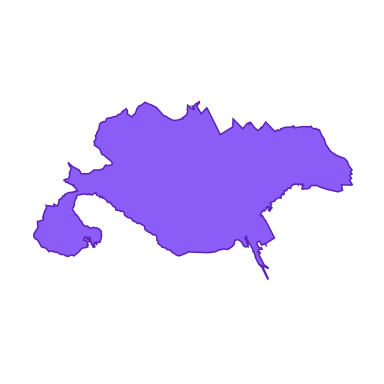 Brasov, Brasov, Romania, rotated 85°
{"feature_id": "2599482B43115927474837", "entity_name": "Brasov", "entity_type": "district", "adm_level": 2, "iso_a3": "ROU", "parent_name": "Romania", "parent_adm1": "Brasov", "projection": "natural_earth1", "projection_center": [25.605, 45.626], "detail": "fine", "context": "isolated", "style": "filled", "palette": "violet", "viewbox_px": 384, "rotation_deg": 85, "n_neighbors": 0, "source": "geoboundaries", "source_scale": "gbopen_adm2", "svg_char_len": 6100}
<svg xmlns="http://www.w3.org/2000/svg" viewBox="0 0 384 384"><g transform="rotate(85 192 192)"><path d="M242.1,310.3L238.4,306.4L238.1,302.6L237.6,300.8L237.1,301.3L236.2,300.7L235.5,301.1L235.1,300.5L235.6,300.1L235.2,300.0L234.8,300.8L232.6,300.1L232.1,301.2L230.6,301.1L230.7,302.5L231.2,303.4L230.3,304.3L229.1,303.6L229.0,302.6L228.3,302.5L228.4,301.9L227.7,302.1L228.1,301.4L227.7,301.4L228.0,300.3L229.0,300.3L231.1,299.1L229.7,299.3L229.5,298.8L228.2,298.4L228.0,297.8L230.4,297.3L231.9,298.8L232.9,298.2L232.3,296.9L234.3,296.5L234.9,297.0L235.7,296.6L235.8,295.7L238.4,295.3L238.4,293.9L237.7,293.4L236.4,294.5L235.3,293.8L234.6,293.9L234.7,292.9L233.0,293.1L236.7,291.5L234.2,291.9L234.3,291.3L233.9,291.5L233.8,291.0L234.2,289.5L233.9,289.0L233.9,287.9L228.6,286.0L223.1,285.8L220.9,287.5L219.7,289.3L218.6,293.5L219.3,296.5L216.8,299.3L216.6,301.9L214.5,303.6L211.3,304.7L210.6,305.8L207.1,307.3L204.4,309.2L204.6,309.9L204.2,310.2L201.4,311.1L200.3,312.1L198.0,312.6L195.8,310.7L190.5,309.5L187.5,307.5L186.1,307.2L184.9,306.1L185.0,303.6L184.6,302.8L184.9,301.3L184.3,299.3L185.2,297.7L185.4,296.2L184.8,295.0L185.7,294.4L185.6,293.0L186.3,291.7L185.0,290.2L184.4,287.7L185.6,287.8L186.9,287.0L187.6,285.9L187.7,284.4L189.4,284.2L189.5,283.0L188.8,281.9L190.5,281.2L190.4,280.2L192.0,278.6L195.0,276.9L195.0,275.4L195.9,274.1L199.2,271.9L200.9,269.5L202.9,269.6L203.4,269.2L204.1,266.1L205.1,264.8L205.0,263.2L205.5,262.2L206.8,261.2L209.0,261.3L212.2,257.8L212.4,255.4L215.8,253.1L217.0,250.5L218.4,249.5L218.8,248.4L218.4,246.8L220.0,245.3L220.9,243.3L222.7,241.9L224.0,242.4L225.8,241.7L226.9,240.5L227.1,239.6L228.3,238.7L228.7,237.1L231.3,234.8L230.9,234.0L232.1,231.5L234.1,230.9L236.8,231.3L238.6,229.9L240.3,230.4L243.1,227.2L244.3,226.8L245.4,223.4L247.4,221.5L247.8,218.9L250.6,216.9L251.4,215.1L252.8,214.0L254.3,211.4L254.4,209.3L251.4,200.4L253.7,182.9L253.8,179.1L253.6,173.9L251.8,169.3L252.1,168.0L251.4,165.7L252.4,161.4L250.5,157.6L248.1,154.7L244.0,153.5L243.4,151.2L244.1,149.3L246.3,146.9L250.1,145.3L250.0,144.9L251.0,144.2L251.4,143.4L251.3,141.6L251.6,140.8L251.1,140.6L249.5,141.2L249.2,140.7L242.2,143.2L241.6,142.0L240.0,141.6L243.3,141.6L254.4,136.5L255.7,136.2L256.2,136.6L256.6,136.4L256.5,135.9L261.7,134.3L261.9,134.7L263.3,134.3L269.7,131.8L272.9,129.0L285.4,124.1L285.1,123.7L283.0,124.2L280.5,125.5L280.3,125.2L271.3,128.6L274.7,123.0L274.0,122.7L271.0,126.4L259.8,131.0L259.1,129.4L257.3,129.9L257.4,131.8L255.3,130.6L255.0,129.7L255.1,127.2L253.6,127.8L253.2,129.7L252.5,130.7L248.0,132.1L246.8,129.2L251.1,127.2L249.8,124.2L251.5,122.9L250.0,123.0L249.5,122.6L245.0,113.8L226.6,121.3L226.8,121.7L221.6,124.0L222.4,125.2L220.8,126.0L220.6,125.5L219.6,125.2L217.3,123.6L216.4,122.4L217.3,121.8L214.8,118.8L214.0,119.3L213.0,117.8L213.5,117.3L214.0,117.6L214.7,116.4L217.0,117.4L217.8,116.1L215.1,114.9L215.5,114.2L214.4,113.8L213.7,115.2L211.3,113.8L210.5,115.1L209.7,115.0L208.8,113.0L208.3,110.4L206.6,109.2L205.0,105.6L205.5,105.1L205.9,103.9L203.9,103.6L201.9,102.6L201.5,101.9L202.6,101.4L202.2,100.4L201.0,100.8L200.1,100.1L198.9,100.2L198.6,99.3L199.1,98.0L196.3,95.7L196.9,94.7L197.0,93.5L194.6,92.4L193.9,91.6L193.5,89.4L192.8,89.2L193.4,87.9L193.2,86.6L194.2,85.5L193.6,85.4L193.3,83.9L194.7,82.5L193.7,81.2L194.6,81.1L195.1,80.2L197.4,82.1L198.9,81.9L198.6,79.4L199.0,76.9L197.9,74.7L198.1,74.1L197.2,73.9L195.9,72.5L196.4,68.6L196.0,67.8L198.2,64.2L201.3,56.7L204.6,46.5L203.4,41.9L197.9,42.4L199.1,32.2L198.6,31.7L193.8,34.0L192.4,32.0L189.1,33.5L188.0,31.1L185.4,32.3L184.1,30.6L178.5,33.9L175.1,34.5L171.8,37.2L168.4,44.3L165.3,48.4L163.0,50.8L156.2,54.5L151.0,55.6L145.8,58.3L141.3,59.6L140.7,60.6L140.9,61.6L139.4,63.0L140.0,64.2L138.5,66.9L136.8,67.9L137.3,68.7L136.5,76.1L137.0,84.3L135.1,84.7L136.0,88.3L135.6,92.8L136.7,97.9L137.1,98.5L137.9,98.5L138.4,99.8L137.6,101.0L137.7,101.8L139.1,104.1L128.7,112.5L134.3,116.8L133.5,117.4L134.9,118.6L136.5,121.1L132.6,124.7L127.8,127.4L129.4,129.0L127.9,129.1L128.6,131.2L133.4,135.8L122.8,144.7L130.7,145.7L137.3,158.8L110.0,169.6L110.5,170.3L109.8,170.5L114.9,176.0L106.7,179.8L103.7,176.7L102.6,177.1L104.2,179.2L104.1,179.7L104.4,180.5L106.3,182.4L106.7,184.5L109.2,182.5L109.9,183.1L108.3,186.2L107.0,186.6L105.2,188.7L109.2,189.5L111.4,189.3L114.6,190.6L117.4,195.1L118.3,194.7L118.4,197.6L119.0,198.8L119.2,202.6L118.5,206.0L117.9,206.3L115.8,209.7L114.3,211.3L113.4,213.6L104.8,220.0L101.9,224.5L99.7,229.3L98.6,230.4L98.6,231.1L101.2,235.0L101.4,237.1L104.0,239.4L109.1,241.8L110.2,243.9L111.8,245.0L111.7,245.6L108.9,249.4L105.3,249.3L103.3,250.3L105.6,254.2L108.1,256.5L108.3,258.5L110.3,261.2L110.1,263.3L110.9,266.2L111.2,270.4L114.4,272.4L114.6,273.2L114.1,274.1L115.4,277.3L117.5,278.5L121.5,279.3L124.5,281.6L126.3,282.1L127.6,283.4L130.2,282.8L133.6,285.3L134.9,284.7L136.8,285.2L141.1,280.1L146.1,278.8L146.9,278.1L147.7,276.4L150.1,274.3L150.7,273.1L151.5,272.9L154.3,269.8L156.7,268.8L158.1,270.3L158.4,273.6L157.9,274.4L157.7,275.9L160.8,278.3L161.5,279.5L161.6,281.4L162.3,283.2L161.8,284.4L161.5,287.8L163.8,291.1L164.9,293.7L164.3,297.5L164.5,300.4L159.8,302.8L159.6,304.0L158.0,305.7L157.6,307.1L154.0,311.0L151.6,312.8L155.8,311.7L157.1,310.4L158.2,310.4L162.3,312.5L163.7,312.3L167.7,313.6L168.3,314.4L168.1,316.7L169.0,318.5L169.6,318.4L169.6,317.5L171.4,316.8L171.4,314.8L172.1,314.8L174.3,311.2L174.8,310.4L174.7,309.4L175.4,309.9L178.2,307.4L181.1,306.2L181.3,306.8L181.0,308.2L181.6,308.9L181.4,309.3L182.0,310.7L181.6,311.2L181.9,311.9L181.7,313.8L182.6,317.4L183.8,319.4L184.9,319.7L184.7,321.0L187.1,322.3L187.0,323.2L187.7,323.5L187.6,324.2L188.5,325.3L190.0,325.3L194.2,327.2L192.2,330.7L194.4,330.5L193.0,336.7L193.4,337.9L192.8,338.4L195.4,338.4L198.2,340.4L203.9,342.7L204.2,342.1L204.9,342.2L204.9,342.7L206.8,342.6L207.8,346.8L207.8,348.6L214.0,348.5L219.9,353.2L222.4,353.4L224.8,352.5L225.7,350.6L228.2,349.0L233.6,346.7L235.2,342.4L239.0,339.7L238.3,336.4L239.6,335.3L240.3,331.9L241.2,330.1L242.7,328.5L243.3,324.8L244.6,323.5L245.4,321.0L244.1,317.3L245.4,315.2L242.1,310.3Z" fill="#8b5cf6" stroke="#5b21b6" stroke-width="1.5"/></g></svg>